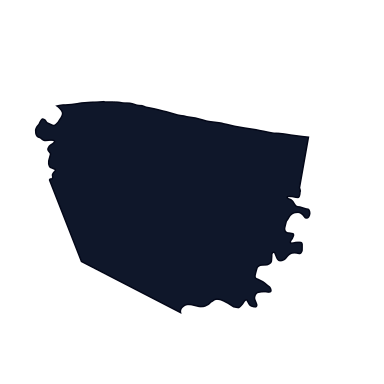 Santa Rosa de Aguan, Colón, Honduras, rotated 338°
{"feature_id": "27666195B37116409669852", "entity_name": "Santa Rosa de Aguan", "entity_type": "district", "adm_level": 2, "iso_a3": "HND", "parent_name": "Honduras", "parent_adm1": "Colón", "projection": "mercator", "projection_center": [-85.679, 15.902], "detail": "fine", "context": "isolated", "style": "filled", "palette": "ink", "viewbox_px": 384, "rotation_deg": 338, "n_neighbors": 0, "source": "geoboundaries", "source_scale": "gbopen_adm2", "svg_char_len": 5937}
<svg xmlns="http://www.w3.org/2000/svg" viewBox="0 0 384 384"><g transform="rotate(338 192 192)"><path d="M136.2,299.5L136.4,298.5L136.9,297.5L137.6,296.6L138.5,295.8L139.6,295.2L141.1,294.7L142.8,294.3L143.9,294.3L144.9,294.4L146.1,294.7L147.0,295.1L148.9,296.0L149.4,296.3L155.0,300.3L155.7,300.8L156.7,301.3L157.7,301.7L158.8,302.1L159.7,302.4L160.6,302.5L161.6,302.6L162.5,302.5L163.8,302.4L164.9,302.3L166.0,302.0L166.7,301.7L167.6,301.3L168.0,301.1L170.1,300.8L172.1,300.3L172.7,300.3L173.4,300.3L174.0,300.4L174.7,300.6L175.4,300.9L176.4,301.4L178.0,302.4L178.6,302.9L180.7,305.0L182.3,306.9L183.7,308.5L187.6,314.0L190.1,315.6L191.6,316.5L191.9,316.6L192.3,316.6L193.4,316.3L194.4,315.9L196.9,314.7L199.6,312.8L200.6,312.4L201.3,312.2L201.7,312.2L202.0,312.3L202.3,312.6L202.5,313.2L202.9,316.5L203.1,317.8L203.3,318.4L203.6,319.0L204.0,319.5L204.5,320.1L205.2,320.6L206.0,321.3L207.5,322.1L208.0,322.3L208.4,322.3L208.9,322.1L209.2,321.8L209.6,321.3L209.8,320.7L209.9,319.3L209.9,315.5L210.0,314.5L210.4,313.3L211.0,312.4L211.8,311.4L212.6,310.7L213.5,310.2L214.5,309.8L215.1,309.7L216.7,310.0L219.0,310.5L221.0,311.2L222.5,311.8L223.0,312.0L225.3,313.4L226.3,313.7L227.1,313.8L227.6,313.7L228.0,313.4L228.3,312.9L228.4,312.5L228.5,312.0L228.6,310.8L228.4,309.6L228.3,309.2L228.1,308.8L226.9,306.8L225.2,303.6L224.0,301.7L223.2,300.8L220.5,297.7L219.2,296.5L218.8,295.9L218.6,295.2L218.6,294.8L218.7,294.3L218.9,293.6L219.2,293.0L220.8,290.7L223.0,287.8L224.1,286.5L224.6,286.1L225.3,285.9L226.0,285.7L227.0,285.5L227.9,285.5L228.3,285.6L229.4,285.9L232.8,287.1L234.5,287.6L235.3,287.6L236.6,287.5L237.3,287.3L238.2,287.1L238.7,286.8L239.1,286.5L239.5,286.1L239.9,285.5L241.8,281.6L242.5,279.9L243.0,279.2L243.3,278.9L244.0,278.5L244.5,278.4L245.0,278.3L245.3,278.5L245.6,278.7L245.9,279.1L246.0,279.6L246.0,280.1L246.0,282.4L246.0,284.7L246.1,285.7L246.3,286.6L246.6,287.3L246.9,287.9L247.4,288.3L248.0,288.7L248.9,289.0L249.9,289.2L251.5,289.2L252.3,289.1L253.1,288.9L254.0,288.5L254.8,288.1L256.0,287.4L258.0,286.5L259.8,286.1L260.9,286.0L261.6,286.0L262.4,286.2L263.5,286.5L264.4,286.8L266.1,287.7L267.9,288.9L268.8,289.4L269.2,289.4L269.6,289.4L270.0,289.3L270.5,289.0L271.1,288.5L271.6,288.1L272.1,287.5L272.4,286.9L273.5,284.3L274.5,281.8L274.6,281.2L274.6,280.5L274.4,280.0L274.0,279.6L273.5,279.3L272.5,278.8L269.5,277.7L267.2,277.3L265.5,276.9L264.9,276.6L264.5,276.3L264.4,276.1L264.3,275.8L264.3,275.4L264.5,275.0L264.8,274.6L265.6,273.9L266.3,273.4L267.4,272.8L268.2,272.0L269.3,270.9L269.9,270.2L270.1,269.7L270.2,269.1L270.1,268.7L269.8,268.4L267.0,266.6L265.4,265.8L265.0,265.5L264.5,264.9L264.1,264.4L264.0,263.9L263.8,263.4L263.7,262.8L263.8,262.3L263.8,261.7L264.2,260.5L264.6,259.8L266.1,257.7L268.3,254.7L268.7,254.3L269.0,254.1L270.3,253.3L272.8,251.4L274.1,250.5L274.6,250.3L275.5,250.0L276.4,249.7L277.3,249.6L278.1,249.5L278.9,249.5L280.0,249.7L281.0,250.0L281.9,250.2L282.8,250.6L283.6,251.0L284.1,251.4L284.6,252.0L285.0,252.4L286.0,254.1L286.4,255.0L286.8,256.4L287.2,257.7L287.4,258.3L287.6,258.5L288.2,258.9L288.8,259.1L289.2,259.2L289.7,259.2L290.2,259.0L290.9,258.7L291.4,258.2L292.0,257.7L292.5,257.0L293.0,256.3L293.2,255.9L293.6,254.6L293.7,253.8L293.7,253.1L293.6,252.2L293.5,251.9L293.3,251.6L292.9,251.3L291.3,250.3L286.4,246.3L284.5,245.3L283.9,244.8L283.3,244.2L283.1,243.8L282.8,243.0L282.4,241.4L282.0,239.0L281.9,238.5L281.6,237.8L281.1,236.7L280.5,235.9L279.9,235.3L279.0,234.6L278.5,234.0L278.3,233.6L278.2,233.3L278.2,233.0L278.2,232.7L278.5,232.3L278.7,232.1L278.9,232.1L279.6,232.2L280.6,232.5L283.3,233.8L286.2,235.7L287.3,236.3L288.1,236.7L288.6,236.8L289.0,236.7L289.5,236.4L290.1,235.8L291.2,234.3L292.0,232.7L292.6,231.9L292.8,231.6L293.1,229.9L293.2,228.4L320.5,184.8L315.8,182.3L305.1,176.3L301.5,174.1L298.6,172.4L294.1,170.0L292.3,169.2L290.3,168.4L288.9,167.6L285.3,165.3L281.3,162.6L278.1,160.6L274.6,158.2L264.8,152.4L261.9,150.6L256.4,147.2L254.7,146.0L249.5,142.3L246.9,140.6L245.4,139.4L244.3,138.7L242.4,137.6L235.0,133.5L232.7,132.1L231.8,131.5L229.3,129.5L222.9,124.7L215.4,120.3L213.0,118.5L210.3,117.0L207.6,115.3L204.8,113.1L198.3,108.0L195.1,105.8L191.5,103.1L188.1,100.7L184.0,98.0L181.2,96.2L180.8,95.9L179.4,94.5L178.0,93.3L177.3,92.9L175.5,92.1L173.6,91.0L172.9,90.5L171.4,89.2L169.7,87.8L168.5,87.0L167.6,86.4L164.8,85.1L162.4,84.1L161.0,83.4L158.1,81.6L156.3,80.7L152.2,78.9L145.6,76.2L144.9,75.9L144.2,75.3L143.7,75.1L137.0,72.9L134.2,71.8L131.7,70.9L123.0,68.1L121.3,67.7L118.8,67.2L113.3,65.8L107.3,63.9L105.9,63.3L105.1,63.0L101.4,62.1L99.1,61.7L99.8,62.8L100.1,63.4L100.7,64.8L101.4,66.8L101.6,67.9L101.7,68.9L101.7,69.7L101.5,70.5L101.2,71.1L100.8,71.8L100.2,72.5L99.5,73.2L98.3,74.2L96.6,75.3L94.0,77.2L93.1,77.6L91.5,78.3L90.5,78.6L89.8,78.7L89.2,78.7L88.8,78.6L88.4,78.4L87.8,78.0L87.3,77.5L83.7,73.7L83.5,73.4L83.2,72.7L82.9,71.1L82.6,70.1L82.0,69.4L81.4,68.8L80.9,68.4L80.5,68.3L80.0,68.5L79.0,69.0L77.4,70.2L76.3,71.2L75.6,71.9L73.1,73.2L72.5,73.6L71.6,74.4L70.8,75.2L70.2,76.1L69.9,77.0L69.3,78.7L69.1,79.8L69.1,80.9L69.2,81.6L69.4,82.4L69.7,82.9L70.1,83.5L71.3,84.5L71.9,85.2L72.4,86.1L73.0,87.3L73.8,88.3L74.6,89.0L75.3,89.3L76.8,89.8L79.8,90.7L81.3,91.3L82.3,91.8L82.9,92.3L83.5,93.0L83.6,93.3L83.6,93.6L83.5,93.8L83.3,94.1L83.0,94.3L82.5,94.5L81.1,95.0L78.4,95.5L77.6,95.8L76.8,96.1L76.3,96.5L75.3,97.3L74.8,97.8L74.5,98.2L74.4,98.5L74.3,98.9L74.3,99.7L74.5,100.5L75.0,102.3L75.2,103.3L75.1,103.6L74.9,104.1L74.3,104.9L72.0,107.9L71.1,109.1L70.7,109.8L70.2,111.0L69.7,112.2L69.6,112.9L69.5,114.1L69.5,114.6L69.6,115.2L69.7,115.7L70.0,116.2L70.4,116.6L71.4,117.5L72.7,118.9L73.6,119.7L73.7,120.0L73.6,120.3L73.4,120.8L72.8,121.3L72.2,121.7L71.2,122.0L69.7,123.1L69.3,123.5L69.1,123.8L68.9,124.2L68.7,125.1L68.5,126.1L68.1,126.6L67.5,127.1L67.2,127.3L66.9,127.4L66.6,127.3L65.9,127.0L65.4,126.9L65.2,126.9L65.0,127.0L64.7,127.2L64.5,127.4L64.4,127.7L63.5,215.0L136.2,299.5Z" fill="#0f172a" stroke="#020617" stroke-width="1.5"/></g></svg>